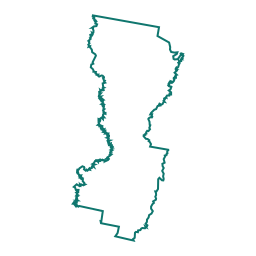 San Justo, Santa Fe, Argentina (Albers equal-area conic projection)
{"feature_id": "61730980B61800814165729", "entity_name": "San Justo", "entity_type": "district", "adm_level": 2, "iso_a3": "ARG", "parent_name": "Argentina", "parent_adm1": "Santa Fe", "projection": "albers", "projection_center": [-60.381, -30.562], "detail": "fine", "context": "isolated", "style": "outline", "palette": "teal", "viewbox_px": 256, "rotation_deg": 0, "n_neighbors": 0, "source": "geoboundaries", "source_scale": "gbopen_adm2", "svg_char_len": 5773}
<svg xmlns="http://www.w3.org/2000/svg" viewBox="0 0 256 256"><path d="M79.3,206.0L102.8,211.1L101.3,221.4L100.6,221.2L101.0,223.2L118.9,226.7L117.6,233.0L115.3,236.3L133.7,240.6L133.0,239.1L134.7,237.8L135.0,232.7L135.9,231.9L137.9,232.2L138.1,230.4L140.4,230.1L141.2,228.6L142.3,228.0L145.0,228.3L145.8,227.7L145.3,226.4L146.1,226.9L145.9,226.5L147.0,226.2L147.4,225.3L145.6,223.8L146.9,221.9L147.0,219.6L148.6,217.5L149.1,215.1L151.5,213.6L152.8,211.1L151.1,208.7L151.1,206.6L152.5,204.1L153.9,202.9L153.1,201.4L155.9,199.7L156.1,198.6L155.3,196.7L156.1,195.1L156.0,193.2L155.3,191.4L156.5,191.4L158.0,189.0L158.2,179.2L159.4,177.8L162.0,180.3L163.3,180.4L163.7,179.0L163.1,176.2L163.7,173.7L162.2,170.9L163.7,168.0L162.6,166.1L162.4,163.8L164.6,162.7L163.7,159.1L165.3,156.1L164.9,155.5L166.6,154.9L166.7,153.6L167.4,153.3L167.2,151.6L168.0,150.2L169.0,149.9L150.1,146.6L151.0,144.1L149.6,141.7L148.7,141.2L149.2,140.2L147.6,139.0L145.9,138.8L143.6,136.2L143.7,135.2L145.2,134.9L145.0,134.2L146.4,133.6L146.1,132.4L147.2,130.8L148.4,131.1L150.0,129.2L149.3,127.9L150.3,125.2L149.7,124.9L149.5,121.7L148.3,119.0L148.8,118.2L150.5,117.2L151.9,117.4L152.3,116.7L151.7,115.7L152.1,114.3L150.3,114.4L151.1,112.9L154.3,109.7L156.1,109.1L157.6,106.0L159.8,105.6L159.0,104.7L159.5,103.7L161.3,104.7L162.6,104.0L163.7,101.6L164.5,101.8L163.7,100.8L164.2,100.5L164.1,98.5L164.8,98.1L165.2,98.6L166.0,97.4L166.4,97.6L166.2,96.7L167.1,95.5L169.0,95.5L169.4,94.2L169.8,94.8L170.1,94.2L171.1,94.4L171.1,92.3L168.8,90.5L170.5,89.3L171.7,86.0L170.9,87.0L168.8,86.1L168.3,85.4L170.0,84.4L168.7,84.6L168.5,83.9L169.7,81.8L171.2,82.2L170.9,82.9L171.9,82.9L172.4,82.5L171.7,81.5L173.1,81.9L173.8,81.1L174.4,79.6L173.7,78.8L173.8,78.0L175.0,77.9L174.6,77.2L174.9,76.6L175.9,77.1L175.8,75.1L176.8,74.8L174.6,72.7L177.0,70.5L176.7,69.9L176.1,70.4L176.0,69.8L176.6,69.5L175.7,69.3L175.7,68.6L176.5,67.4L177.1,67.8L178.2,67.0L179.0,64.2L178.4,62.9L179.4,62.8L179.1,61.6L179.6,62.1L179.6,61.4L180.0,61.8L179.8,61.3L181.1,61.1L180.9,59.6L181.8,59.5L181.3,59.1L182.4,58.3L181.9,57.9L183.1,56.6L182.7,56.0L183.1,55.7L182.4,55.2L183.1,54.0L181.9,53.6L181.8,54.2L180.4,52.9L181.0,54.6L177.8,59.1L174.7,59.5L173.6,58.9L173.2,56.2L176.8,54.0L177.4,52.3L174.6,52.6L171.2,52.0L170.0,49.5L170.2,47.1L169.1,42.5L157.5,36.0L159.0,27.2L92.9,15.4L92.7,16.5L93.9,17.1L93.4,18.2L94.3,18.2L94.2,19.9L95.1,20.1L95.0,20.7L95.7,20.5L96.4,21.5L95.5,22.1L95.3,23.5L97.1,24.3L96.4,26.1L93.9,26.4L92.1,27.7L93.2,27.6L92.9,29.0L93.5,30.4L93.4,32.5L92.8,33.4L92.2,33.0L92.7,34.4L91.8,35.8L91.3,35.8L91.6,35.1L91.2,34.5L90.3,34.8L90.8,37.4L90.0,38.0L90.6,38.9L88.4,40.9L89.2,41.5L89.0,42.4L89.5,43.3L88.3,44.7L89.1,45.8L88.7,46.7L90.2,46.2L90.0,47.3L91.8,49.6L92.2,52.2L95.3,54.3L95.9,55.7L92.6,62.3L93.3,63.7L91.3,64.5L90.8,67.3L92.8,69.1L93.6,70.7L93.4,71.7L95.9,72.0L95.5,73.4L96.4,73.8L96.5,74.8L98.4,74.6L98.1,75.7L99.1,76.6L101.5,75.5L102.6,75.7L103.9,77.0L104.0,77.7L103.0,78.0L103.8,80.1L104.9,80.7L104.1,81.8L105.1,82.7L102.7,83.4L103.2,87.2L104.0,87.6L102.9,88.0L103.7,90.1L102.9,90.4L102.0,89.6L100.9,90.6L100.3,90.1L100.6,91.3L99.2,91.8L99.3,93.3L100.9,93.3L99.8,94.5L99.7,95.3L100.4,95.3L99.0,95.4L98.8,96.5L99.4,96.9L100.9,96.6L99.2,98.2L100.0,99.2L100.4,98.2L101.3,98.0L103.3,99.7L101.3,100.0L101.4,101.2L102.9,101.3L102.5,102.2L103.2,103.1L101.6,104.1L104.2,104.8L103.7,105.5L102.4,105.2L102.8,106.4L103.9,106.7L103.5,108.7L104.4,109.1L103.1,110.3L104.5,112.9L105.5,112.9L105.5,113.8L103.6,113.0L103.8,114.0L103.1,114.5L102.9,115.8L104.2,117.4L102.8,117.3L102.9,119.1L101.4,117.7L100.2,118.6L100.2,119.7L98.5,119.0L98.5,120.2L100.0,120.6L99.9,121.5L98.5,122.1L99.1,123.7L97.9,124.9L99.5,125.0L99.4,125.8L100.0,125.5L100.3,126.5L100.6,125.4L102.1,126.0L101.5,126.7L102.3,127.1L102.1,128.1L103.3,128.7L101.7,128.9L101.7,129.6L103.1,129.6L103.2,131.0L104.2,130.1L103.9,131.6L105.4,131.1L105.4,131.9L104.3,132.2L106.0,132.7L105.2,133.6L106.9,133.6L107.2,135.3L107.8,134.8L107.6,133.9L108.4,133.6L108.3,135.3L109.0,135.6L109.0,136.3L108.5,136.8L107.7,136.3L108.0,137.5L107.1,137.8L108.7,138.4L107.7,140.3L109.9,140.5L107.9,141.5L108.4,143.4L109.3,142.8L109.9,143.8L110.9,143.4L110.8,144.6L109.3,144.5L109.1,145.2L110.6,145.3L110.7,146.2L111.8,145.6L111.8,147.0L112.2,146.1L112.6,146.6L111.4,147.3L112.4,147.9L111.3,148.2L111.9,149.3L111.0,149.8L112.3,150.2L111.0,151.1L111.3,151.9L110.4,151.9L110.1,152.5L110.3,153.6L111.6,154.3L110.6,155.1L110.4,154.4L109.6,154.7L109.6,155.9L107.4,157.4L108.3,158.3L107.0,158.7L108.5,159.4L108.0,160.0L105.6,161.1L105.3,160.5L104.4,161.4L104.2,160.1L102.7,160.0L103.1,159.1L102.0,160.3L100.6,159.6L100.0,160.3L99.5,159.7L99.1,159.9L99.7,161.0L98.3,161.0L98.2,162.0L97.6,161.3L98.1,160.9L98.0,160.2L96.2,160.2L96.3,161.1L95.1,161.0L93.7,163.3L92.7,163.9L94.8,164.5L93.0,165.2L93.8,166.9L92.3,165.9L91.7,167.1L91.9,167.9L90.4,168.6L89.7,168.1L89.0,168.8L89.6,169.7L88.7,169.5L87.5,170.6L86.6,169.7L85.8,170.7L84.0,169.3L84.5,168.1L84.1,167.0L82.4,166.3L79.5,168.3L78.7,169.6L77.7,169.6L77.8,170.3L77.2,170.3L77.1,171.7L77.8,171.6L78.1,172.4L76.6,173.5L78.1,172.9L78.3,174.0L79.3,174.7L79.1,175.6L81.0,175.4L80.0,177.0L81.2,176.7L81.3,177.6L82.1,178.0L80.9,178.6L81.4,179.0L82.4,178.5L82.9,179.1L82.7,181.2L84.3,182.9L84.1,183.9L85.2,184.4L83.4,185.3L81.2,184.4L80.8,185.5L80.0,184.6L80.2,186.0L79.7,186.2L76.7,184.3L73.8,186.9L75.1,187.6L75.8,189.8L78.5,189.9L78.2,191.6L77.2,191.5L77.8,192.3L76.3,192.7L77.2,193.7L76.6,195.0L77.2,195.1L76.5,195.7L77.8,196.0L76.4,196.9L76.2,198.2L76.9,197.6L77.2,199.0L76.7,199.7L77.9,200.5L76.0,200.6L76.9,201.1L76.8,202.2L75.3,201.3L75.1,202.3L75.9,202.7L75.3,203.7L73.9,202.3L72.9,203.7L73.9,203.8L75.5,205.8L75.6,205.0L76.4,205.0L76.7,206.3L77.5,206.2L77.4,205.6L78.4,206.6L79.3,206.0Z" fill="none" stroke="#0f766e" stroke-width="2"/></svg>